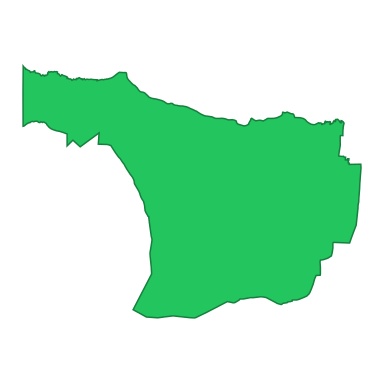 outline of Tram Kak, Takêv, Cambodia
{"feature_id": "14789045B29748003627155", "entity_name": "Tram Kak", "entity_type": "district", "adm_level": 2, "iso_a3": "KHM", "parent_name": "Cambodia", "parent_adm1": "Takêv", "projection": "orthographic", "projection_center": [104.595, 11.012], "detail": "fine", "context": "isolated", "style": "filled", "palette": "green", "viewbox_px": 384, "rotation_deg": 0, "n_neighbors": 0, "source": "geoboundaries", "source_scale": "gbopen_adm2", "svg_char_len": 5856}
<svg xmlns="http://www.w3.org/2000/svg" viewBox="0 0 384 384"><path d="M23.2,66.1L23.0,92.7L23.1,126.3L23.9,126.1L24.7,125.5L26.3,124.2L29.0,122.6L29.8,122.8L31.1,121.7L32.6,121.4L33.4,121.7L34.0,121.7L35.1,121.3L36.5,121.2L37.2,121.2L38.7,122.4L39.9,122.6L40.9,121.7L42.5,122.5L43.1,122.0L44.2,122.2L44.8,122.5L45.3,123.0L46.0,123.3L46.5,123.8L46.7,124.4L47.1,125.0L49.2,127.4L51.1,128.8L53.5,129.8L56.2,130.7L59.7,131.4L63.3,132.5L65.8,133.5L67.1,133.9L67.1,145.9L72.9,140.2L80.2,146.8L99.1,132.9L98.3,144.2L107.5,144.5L110.8,145.5L115.4,152.7L118.9,157.5L119.4,157.8L120.2,158.7L122.5,162.2L124.1,164.2L125.4,166.7L127.1,169.6L128.8,172.1L130.2,174.3L132.4,177.1L133.6,179.4L134.2,181.3L134.4,183.5L135.3,185.2L137.9,189.6L139.0,191.5L139.9,193.9L140.4,195.7L141.2,197.7L142.1,199.3L143.0,200.5L143.6,201.6L144.5,205.2L145.1,210.7L146.1,212.9L147.2,214.7L148.0,216.3L148.7,216.6L149.4,222.9L151.3,236.6L151.9,238.7L152.0,240.0L151.2,245.6L150.3,250.9L150.0,253.0L150.2,256.6L151.3,267.5L151.6,273.5L151.5,274.0L151.3,274.6L133.1,309.7L146.4,317.0L155.9,317.7L157.8,317.8L160.2,317.5L164.4,316.9L168.9,316.4L170.1,316.2L172.1,316.0L173.3,315.9L190.0,317.7L194.4,317.9L195.6,317.7L207.3,312.0L227.3,301.6L231.8,302.5L232.9,302.8L233.8,302.8L234.9,302.6L239.0,300.2L239.6,299.3L240.5,299.0L243.2,299.0L243.9,298.9L250.6,297.6L252.9,297.7L260.5,296.8L262.6,296.9L266.1,297.5L268.2,298.6L276.0,302.7L277.1,303.4L281.0,304.5L281.7,304.4L283.0,303.3L286.0,302.9L287.5,302.5L287.8,301.9L290.4,301.6L292.3,301.0L292.3,300.1L293.5,300.0L296.6,300.0L298.9,299.4L303.1,297.7L306.7,296.1L309.0,293.9L310.2,291.8L311.7,288.1L313.2,284.1L314.6,279.0L316.1,275.5L320.2,275.2L320.4,274.3L320.4,271.9L320.4,267.0L320.0,261.8L320.4,260.1L323.3,259.7L327.8,258.2L331.4,255.9L332.3,252.2L332.9,247.8L332.9,243.1L333.5,242.4L349.6,243.0L351.1,238.7L353.1,233.2L356.2,225.1L358.0,208.0L358.0,205.7L358.7,202.0L358.8,199.9L358.9,197.5L359.6,189.0L359.8,183.8L361.0,168.0L360.8,164.2L349.2,164.4L349.2,163.7L349.2,163.1L348.8,162.8L348.2,162.7L348.3,161.3L348.6,160.9L348.8,160.2L348.9,158.8L347.5,158.7L347.3,159.2L347.3,160.1L346.6,159.9L346.1,159.9L345.3,159.8L345.6,157.2L345.0,157.2L344.3,157.2L343.6,156.3L342.8,156.4L341.6,156.4L339.8,156.2L338.7,155.9L338.9,153.9L340.3,145.0L340.2,141.1L340.2,136.3L340.4,135.6L342.9,135.6L342.8,134.4L342.9,132.9L342.8,132.3L342.9,131.8L343.0,129.5L343.1,128.9L343.2,127.0L343.4,126.4L343.4,125.8L343.9,124.1L344.0,123.0L343.6,122.6L343.4,122.1L343.0,121.7L342.5,121.6L342.3,121.1L341.8,120.8L341.1,120.6L340.8,121.2L341.0,121.8L341.2,122.2L341.1,122.8L340.5,122.7L339.8,121.8L339.4,121.1L338.7,120.2L338.2,119.8L337.7,119.3L337.1,119.3L336.4,119.5L335.9,119.4L335.4,119.8L335.4,120.4L335.7,120.8L335.4,121.4L334.9,121.7L334.4,121.1L334.0,120.8L333.3,121.7L333.1,122.3L333.1,122.8L331.9,123.7L331.3,123.6L330.8,124.1L330.4,124.4L329.8,124.1L330.2,122.9L330.5,122.3L330.2,121.7L329.6,121.6L328.6,122.1L328.2,121.8L327.2,121.7L326.8,122.2L326.3,122.3L326.2,121.8L325.6,121.2L325.1,121.4L325.1,121.9L324.7,122.3L324.6,122.9L324.8,123.4L324.4,123.7L323.2,123.9L322.7,123.9L322.4,124.4L321.8,124.5L321.6,123.9L321.6,123.4L321.0,123.1L319.9,122.9L319.4,123.3L318.5,122.8L315.0,124.6L313.1,124.6L311.0,124.2L309.4,123.3L307.0,121.7L305.3,119.7L303.3,118.5L300.1,117.7L294.8,117.5L294.3,116.2L293.8,114.7L293.0,113.9L291.6,113.8L290.8,113.6L290.1,113.3L289.4,113.0L288.7,112.7L287.3,112.1L286.4,112.3L285.6,112.7L284.5,112.8L283.9,112.4L282.8,112.2L282.5,112.8L282.5,114.1L282.0,114.9L280.8,116.0L279.5,116.6L278.5,117.0L277.3,117.6L275.8,118.0L274.0,118.3L272.3,118.4L268.2,118.4L267.4,118.5L266.4,119.2L265.0,120.0L263.3,120.9L262.4,120.8L261.6,120.5L260.4,120.3L259.7,120.2L258.7,120.3L255.9,120.8L254.3,120.1L251.7,118.3L250.7,119.1L250.8,119.8L250.4,120.6L249.9,121.2L248.6,123.7L248.6,124.3L246.9,125.2L245.6,125.7L244.5,125.9L243.5,125.8L241.6,125.2L238.8,124.4L237.5,123.8L237.0,123.2L236.6,122.6L236.3,121.1L234.8,120.2L232.4,119.7L230.5,119.8L228.6,119.9L227.5,119.6L224.9,118.7L222.3,118.3L219.5,118.4L215.8,118.4L213.6,117.7L212.9,117.2L211.6,116.8L210.3,116.6L207.6,116.2L205.6,116.0L204.0,115.5L200.7,114.0L198.3,112.5L196.5,111.2L195.1,110.7L193.6,109.9L191.8,109.1L190.4,108.6L188.6,107.6L186.2,106.7L184.5,106.4L182.7,106.0L181.0,106.0L178.7,105.8L177.3,105.4L175.5,105.2L173.9,104.8L172.4,103.5L170.9,103.3L169.2,103.8L167.6,103.8L165.7,102.8L163.9,101.5L161.6,100.5L156.5,99.1L151.7,98.3L149.1,97.2L147.5,95.5L145.5,93.7L144.9,93.1L143.6,92.4L142.8,92.2L140.9,91.9L139.9,91.4L139.0,90.5L138.1,89.4L137.5,88.2L135.6,86.3L134.8,85.5L133.2,84.7L131.3,82.9L128.6,80.0L127.6,78.6L127.0,77.1L126.7,75.3L126.6,73.8L126.2,72.8L125.2,72.5L123.5,72.6L119.4,72.3L117.8,73.3L116.0,74.7L114.3,76.1L112.5,77.4L110.8,78.1L107.6,79.1L107.0,78.9L105.8,79.4L104.8,79.3L103.4,79.8L102.4,79.5L101.2,79.6L98.0,80.5L97.1,80.7L97.3,79.8L93.5,79.6L91.5,79.3L90.8,79.2L90.2,79.4L89.0,79.5L87.5,79.2L86.6,79.2L85.5,79.8L84.9,79.4L84.3,78.7L83.8,79.0L83.1,79.6L82.9,79.1L81.9,78.8L81.8,79.3L81.1,78.9L80.6,78.6L79.4,77.7L78.7,77.9L77.7,78.8L77.0,78.3L76.3,78.8L76.1,79.6L75.6,79.4L75.0,79.6L74.4,79.4L73.9,79.5L73.5,79.1L72.8,79.9L71.9,80.3L71.3,79.4L70.3,78.9L69.2,79.1L68.8,78.7L67.9,78.2L67.2,78.5L66.9,77.8L67.3,77.3L66.8,76.6L65.6,76.4L65.1,76.0L63.1,75.5L62.5,74.9L61.7,74.7L61.1,75.6L60.6,76.0L59.7,75.2L59.0,74.1L58.4,73.8L57.5,73.6L57.4,73.1L57.5,72.0L56.5,71.6L55.5,71.8L54.3,71.5L52.9,72.1L51.9,71.7L51.0,71.7L50.2,72.0L49.4,72.2L48.9,71.6L48.4,72.0L47.6,73.2L47.9,74.0L47.4,74.6L46.2,75.4L45.7,75.6L45.1,75.1L44.4,76.0L43.4,75.6L42.9,74.8L41.9,75.5L41.3,75.9L40.8,75.5L40.1,74.2L38.6,73.4L36.7,73.1L35.4,72.8L34.9,71.8L34.7,70.8L34.2,70.8L33.4,71.8L31.2,72.0L30.4,72.3L30.1,71.5L29.4,70.8L28.7,70.6L27.3,69.9L26.5,69.2L25.6,69.3L25.5,68.6L24.8,67.7L24.0,67.4L23.8,66.9L23.2,66.1Z" fill="#22c55e" stroke="#15803d" stroke-width="1.5"/></svg>